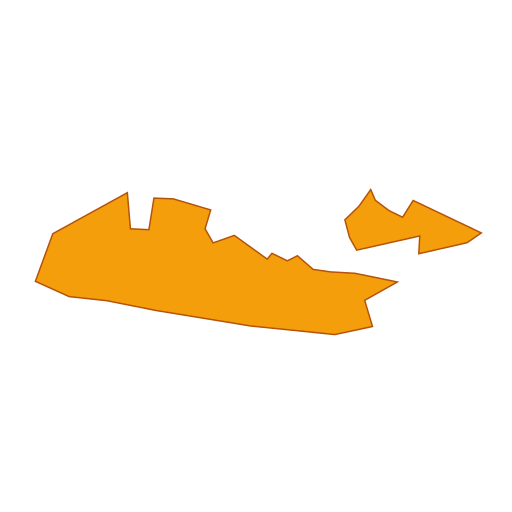 an SVG outline of Tsuen Wan, rotated 206°
{"feature_id": "HKG-5165", "entity_name": "Tsuen Wan", "entity_type": "state/province", "adm_level": 1, "iso_a3": "HKG", "parent_name": "Hong Kong S.A.R.", "parent_adm1": "", "projection": "orthographic", "projection_center": [114.074, 22.367], "detail": "fine", "context": "isolated", "style": "filled", "palette": "amber", "viewbox_px": 512, "rotation_deg": 206, "n_neighbors": 0, "source": "natural_earth", "source_scale": "10m", "svg_char_len": 661}
<svg xmlns="http://www.w3.org/2000/svg" viewBox="0 0 512 512"><g transform="rotate(206 256 256)"><path d="M316.9,277.5L313.7,258.1L300.3,249.0L284.5,265.0L244.6,258.1L242.8,265.4L225.7,265.4L218.9,274.4L198.8,269.0L182.0,274.4L159.6,283.8L117.6,294.6L138.9,263.8L120.4,243.7L150.8,219.9L230.3,190.7L321.6,163.3L370.6,150.4L406.1,137.6L443.2,136.5L448.4,187.0L399.4,256.5L380.8,225.4L363.8,232.7L373.1,263.3L355.4,271.1L316.9,277.5ZM63.6,375.5L72.1,360.5L110.7,329.4L117.6,345.8L168.1,305.4L180.1,313.7L192.0,327.5L185.3,345.8L182.0,366.0L173.2,358.4L156.2,355.1L141.2,355.1L139.1,374.8L63.6,375.5Z" fill="#f59e0b" stroke="#b45309" stroke-width="1.5"/></g></svg>